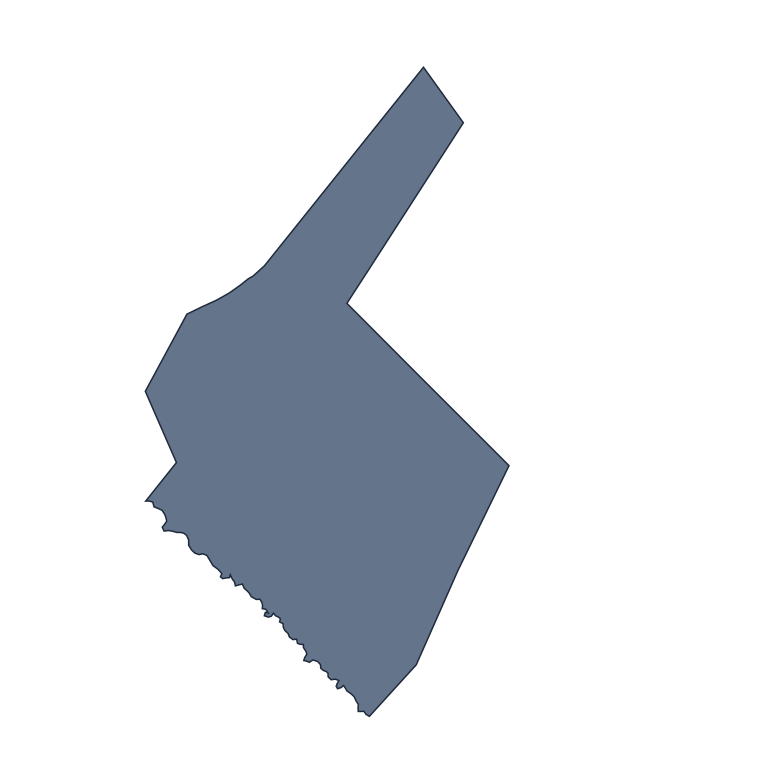 the district of Manoel Emídio, Piauí, Brazil, rotated 128°
{"feature_id": "56859067B6824305112078", "entity_name": "Manoel Emídio", "entity_type": "district", "adm_level": 2, "iso_a3": "BRA", "parent_name": "Brazil", "parent_adm1": "Piauí", "projection": "mercator", "projection_center": [-43.851, -8.19], "detail": "fine", "context": "isolated", "style": "filled", "palette": "slate", "viewbox_px": 768, "rotation_deg": 128, "n_neighbors": 0, "source": "geoboundaries", "source_scale": "gbopen_adm2", "svg_char_len": 1659}
<svg xmlns="http://www.w3.org/2000/svg" viewBox="0 0 768 768"><g transform="rotate(128 384 384)"><path d="M627.1,442.0L631.4,438.6L632.3,436.1L633.3,433.3L633.7,428.9L632.3,424.7L629.4,422.3L628.1,418.0L632.4,406.9L632.2,400.6L633.3,395.0L636.6,394.2L636.7,391.3L633.7,388.7L631.7,386.5L629.0,387.6L631.2,383.2L632.0,379.9L634.6,376.8L631.4,374.5L628.8,372.4L631.0,368.5L631.2,365.6L631.6,362.0L633.3,357.5L632.4,352.0L630.0,349.3L631.4,345.7L633.3,343.3L636.0,341.6L634.3,338.5L635.7,334.3L637.0,336.9L640.3,335.6L638.9,331.6L636.4,329.8L632.7,330.0L633.4,326.8L632.7,324.0L632.7,321.2L635.8,319.8L635.0,316.0L637.6,313.7L639.3,310.3L639.6,306.1L641.6,302.8L641.5,298.4L638.9,295.7L641.6,292.5L640.8,289.9L638.9,287.2L641.3,285.2L642.6,281.2L644.3,278.5L648.3,278.1L651.3,277.0L650.0,274.3L649.3,271.5L645.2,270.1L643.5,265.5L644.3,261.2L646.9,258.9L647.1,255.4L646.1,252.7L646.4,250.0L649.2,247.7L649.6,243.6L646.6,240.7L645.4,237.0L648.7,236.5L651.6,235.6L652.7,233.0L649.8,231.0L646.5,230.2L647.5,227.0L648.7,224.2L648.4,219.4L648.8,214.8L650.8,211.2L652.3,207.0L655.4,204.9L657.9,202.7L654.3,198.2L655.4,194.8L654.9,190.9L589.3,186.0L585.5,185.7L485.5,210.9L371.4,235.2L369.1,253.8L355.4,365.9L343.3,462.9L303.7,466.4L129.3,482.3L110.1,547.9L364.5,551.0L379.5,553.6L384.6,555.7L394.6,558.1L407.6,562.0L421.5,567.8L435.5,575.1L450.3,582.3L536.7,567.6L573.7,499.2L623.0,499.7L621.0,497.3L619.4,493.6L622.4,489.5L621.3,486.1L620.2,481.1L621.6,476.8L623.4,473.8L625.8,470.8L630.1,470.5L633.3,470.6L635.3,466.8L632.0,463.4L630.1,459.7L628.4,455.6L626.2,452.9L624.8,449.7L624.8,446.4L627.1,442.0Z" fill="#64748b" stroke="#1e293b" stroke-width="1.5"/></g></svg>